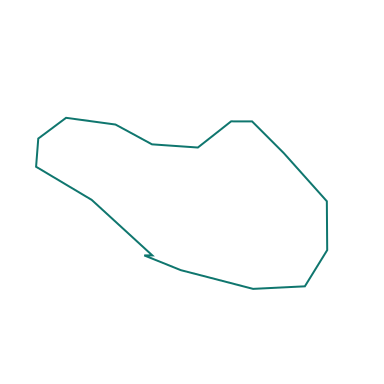 Šuto Orizari, Equal Earth projection, rotated 135°
{"feature_id": "MKD-5883", "entity_name": "Šuto Orizari", "entity_type": "Municipality", "adm_level": 1, "iso_a3": "MKD", "parent_name": "North Macedonia", "parent_adm1": "", "projection": "equal_earth", "projection_center": [21.409, 42.03], "detail": "fine", "context": "isolated", "style": "outline", "palette": "teal", "viewbox_px": 384, "rotation_deg": 135, "n_neighbors": 0, "source": "natural_earth", "source_scale": "10m", "svg_char_len": 376}
<svg xmlns="http://www.w3.org/2000/svg" viewBox="0 0 384 384"><g transform="rotate(135 192 192)"><path d="M270.6,180.9L264.9,175.2L268.5,257.3L284.4,320.1L262.9,338.5L228.6,333.5L198.4,293.8L186.6,254.0L156.4,219.3L114.4,214.3L99.6,199.4L99.6,154.7L103.2,90.1L137.5,55.3L178.9,45.5L217.3,80.3L255.2,144.7L270.6,180.9Z" fill="none" stroke="#0f766e" stroke-width="2"/></g></svg>